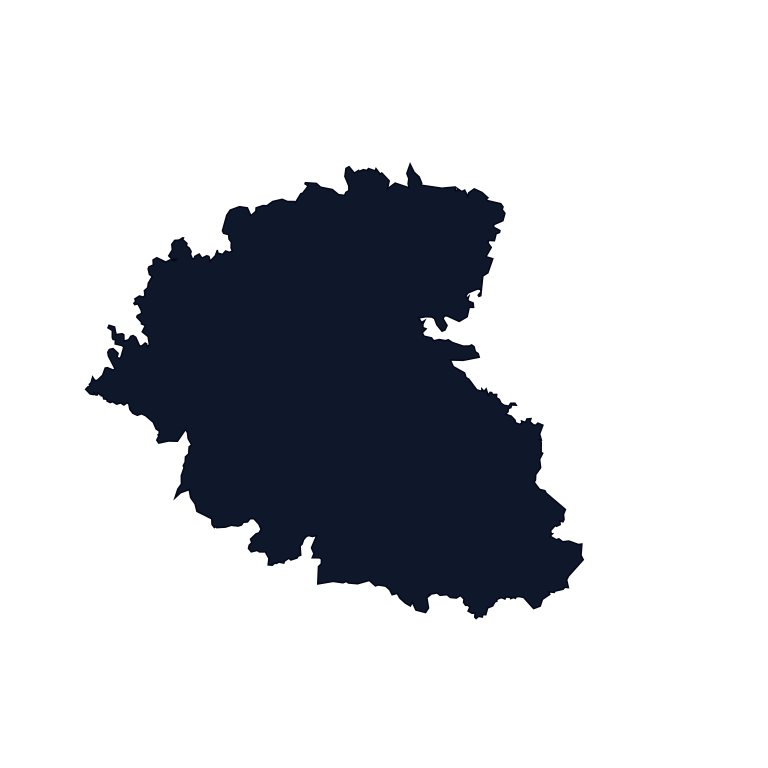 the district of Tehuitzingo, Puebla, Mexico, rotated 32°
{"feature_id": "50627088B27065813570202", "entity_name": "Tehuitzingo", "entity_type": "district", "adm_level": 2, "iso_a3": "MEX", "parent_name": "Mexico", "parent_adm1": "Puebla", "projection": "albers", "projection_center": [-98.326, 18.369], "detail": "fine", "context": "isolated", "style": "filled", "palette": "ink", "viewbox_px": 768, "rotation_deg": 32, "n_neighbors": 0, "source": "geoboundaries", "source_scale": "gbopen_adm2", "svg_char_len": 6170}
<svg xmlns="http://www.w3.org/2000/svg" viewBox="0 0 768 768"><g transform="rotate(32 384 384)"><path d="M373.5,171.0L365.6,169.6L357.1,170.7L354.5,177.0L355.8,180.6L349.7,176.8L347.9,179.6L342.3,179.3L343.9,180.4L342.5,182.2L339.8,179.3L329.3,187.3L309.9,195.8L309.7,193.8L304.0,189.7L297.3,188.4L289.6,183.6L291.8,193.4L296.2,196.7L298.3,201.4L301.3,204.3L287.0,207.7L283.5,216.6L280.8,209.0L270.3,206.2L269.5,208.0L263.1,205.6L263.6,207.9L256.7,209.5L256.3,212.0L252.9,213.1L250.2,217.0L249.3,216.3L247.1,220.8L239.2,218.2L237.5,221.3L240.8,228.7L249.1,234.6L251.7,238.6L250.1,241.8L250.6,244.9L245.2,247.5L237.2,246.4L225.9,250.7L220.4,249.7L210.7,254.9L210.9,256.1L214.4,256.2L214.6,258.0L213.9,265.4L212.6,266.6L212.7,277.4L211.4,276.7L205.3,280.4L199.8,281.3L192.9,288.2L190.2,294.9L186.8,296.8L182.2,302.4L183.8,305.5L181.9,311.8L174.8,307.0L167.5,310.2L161.4,318.0L161.2,324.2L165.8,339.7L168.1,341.2L173.2,339.7L175.7,343.2L179.4,344.7L182.1,349.5L184.8,351.5L183.2,354.2L179.2,355.1L178.4,359.7L173.7,361.0L171.7,358.7L173.0,364.6L171.5,371.9L167.9,368.6L165.7,369.2L162.9,373.7L158.4,371.7L155.9,376.1L156.7,378.3L155.1,379.3L151.1,376.5L150.2,373.8L146.5,371.8L143.5,371.8L142.4,369.2L136.7,368.1L136.5,366.4L135.7,366.8L134.0,370.5L130.4,373.1L130.0,378.0L133.4,382.4L133.5,389.4L137.9,390.5L141.9,388.4L141.0,390.4L136.8,392.1L134.3,396.2L124.4,397.3L122.4,401.2L125.3,405.3L122.6,409.1L122.9,411.3L127.0,415.4L130.5,415.7L130.7,423.4L132.6,427.6L131.3,431.8L134.3,435.6L133.8,437.8L129.9,439.0L127.6,443.9L129.6,445.5L129.1,448.1L130.5,448.8L132.9,446.5L139.4,450.4L141.0,452.7L138.5,456.6L138.9,458.3L145.5,460.1L146.5,461.6L150.7,460.8L151.3,467.9L158.8,468.8L164.2,475.0L163.3,477.8L161.3,475.7L159.7,475.8L158.4,480.1L156.6,481.2L148.7,475.9L145.5,475.9L144.0,477.6L143.9,481.9L140.7,485.4L137.3,480.1L135.3,480.1L130.6,484.0L125.3,478.4L119.7,479.9L120.1,482.6L125.2,482.6L129.1,488.8L130.7,489.8L132.9,489.0L134.8,492.5L141.5,490.2L143.8,490.7L146.6,500.5L146.1,502.8L143.4,502.7L142.3,498.9L135.5,497.5L132.8,500.2L132.9,503.4L135.4,506.3L148.0,513.8L146.8,515.7L140.8,516.7L139.1,518.2L140.7,525.7L138.9,532.9L136.8,534.2L133.2,532.5L134.9,538.3L134.3,540.5L135.9,542.0L134.4,543.3L133.8,546.6L140.0,548.2L143.2,546.9L143.1,545.0L144.7,546.2L146.6,545.4L146.0,542.9L148.5,543.7L149.6,542.8L150.3,543.9L152.0,543.1L154.2,545.2L156.9,543.9L158.3,545.2L161.6,544.9L163.1,542.9L168.0,542.8L170.7,539.6L174.6,539.7L175.9,536.3L178.0,536.0L181.9,540.2L186.5,541.9L191.4,541.3L194.1,537.8L198.5,537.2L208.5,538.7L214.6,542.9L218.4,543.0L219.9,546.0L219.3,546.8L220.6,547.7L221.0,552.0L224.3,553.5L231.4,546.6L239.2,542.0L239.8,527.6L243.2,529.5L246.9,534.2L253.1,537.5L252.0,540.6L255.4,546.7L254.2,551.0L256.8,555.7L257.0,559.6L258.8,561.0L260.7,569.2L265.2,576.2L264.8,582.3L267.1,591.5L269.1,584.0L274.8,576.8L280.3,582.9L287.3,585.8L292.9,591.2L309.4,589.6L312.5,594.2L316.2,595.7L317.1,594.0L318.2,594.5L325.4,589.4L329.3,584.8L335.6,581.8L337.9,579.1L338.0,575.8L341.4,573.3L341.8,569.2L345.0,567.2L352.2,569.2L356.8,572.4L356.8,576.7L354.9,578.8L353.0,586.3L355.9,588.7L355.1,592.2L356.2,595.3L360.4,596.7L364.6,592.4L367.3,592.4L372.3,589.3L378.8,592.9L381.6,598.8L385.3,596.9L386.4,593.5L387.8,593.3L389.2,590.8L394.0,588.9L393.4,587.2L395.6,582.2L398.3,582.6L402.5,577.6L402.4,575.3L404.1,573.3L398.7,565.8L399.4,563.2L398.3,558.6L399.0,554.3L400.7,552.3L404.0,551.4L407.2,548.2L409.3,561.4L414.5,565.0L415.2,569.4L421.6,565.5L423.8,565.7L426.1,569.7L425.2,573.6L433.8,588.7L445.4,578.4L454.6,574.3L456.6,571.5L459.3,571.6L467.5,567.4L475.6,558.4L483.7,559.8L485.6,557.5L492.4,554.6L497.8,555.5L502.6,558.4L506.2,554.6L510.9,557.2L518.3,558.5L524.0,558.3L523.7,554.1L530.8,558.8L540.4,555.8L540.5,550.4L533.6,542.5L534.9,538.7L533.7,538.7L539.7,533.1L543.5,533.5L549.1,529.3L553.4,529.9L558.9,527.1L560.9,522.9L565.8,524.0L567.2,527.1L570.5,528.5L571.9,527.3L575.1,527.8L575.6,532.0L580.2,531.8L582.6,529.9L584.5,533.7L586.4,534.1L587.4,530.9L590.8,529.6L590.2,526.9L592.6,525.8L590.6,519.0L593.8,514.6L593.5,510.3L594.8,508.3L593.8,506.9L596.8,502.9L600.5,502.3L600.4,499.9L604.1,498.1L605.2,498.9L607.0,496.4L609.0,496.2L608.9,494.5L610.6,493.0L615.4,491.0L629.9,495.2L634.2,489.6L632.5,482.7L636.1,474.5L633.9,473.0L638.9,470.5L638.7,469.1L644.6,463.2L645.1,460.6L648.3,459.0L642.7,453.3L642.3,449.1L646.1,427.4L641.9,424.9L636.6,414.8L633.9,417.1L624.0,419.2L619.1,423.1L614.3,422.6L612.6,424.8L605.6,425.0L606.2,421.8L605.4,422.4L603.0,420.2L604.2,413.2L605.7,413.3L607.9,409.9L605.7,406.9L608.8,406.1L608.5,403.5L605.3,399.4L604.4,394.3L579.5,390.6L577.0,389.2L571.7,390.9L563.4,387.7L563.4,385.2L560.7,380.5L561.2,372.0L555.9,365.4L555.3,358.6L553.5,358.7L548.1,349.9L545.8,348.9L547.2,348.2L542.5,343.9L540.6,334.7L535.2,335.6L534.5,338.6L532.4,339.4L527.7,338.6L527.0,335.4L523.7,337.9L524.3,341.5L520.2,342.5L521.6,344.2L520.5,346.2L516.2,347.1L514.1,345.1L508.8,343.8L503.1,345.2L503.9,341.8L502.5,339.0L504.1,336.8L503.4,334.1L507.4,331.9L505.2,330.9L501.6,333.2L501.6,336.5L496.8,338.5L493.2,338.1L490.0,336.0L486.5,336.0L485.1,333.1L481.6,335.4L479.9,334.2L478.4,334.8L478.3,338.3L473.2,334.0L472.8,337.2L469.6,336.4L470.6,337.8L469.9,338.6L465.8,339.8L453.3,334.9L450.2,335.1L446.5,331.9L433.6,332.5L427.5,328.5L438.6,322.0L450.6,310.8L447.8,308.3L444.4,308.2L440.6,304.6L437.6,304.4L436.2,306.6L431.0,309.9L419.9,312.6L415.0,312.4L413.3,314.6L407.3,317.0L403.2,321.0L399.9,319.7L392.6,322.2L389.3,320.3L390.5,314.9L387.1,315.5L385.3,312.6L384.9,308.6L383.3,311.9L378.4,309.6L384.0,304.7L389.0,301.9L392.1,301.7L397.4,305.8L405.2,308.5L407.1,306.0L406.5,300.9L399.6,297.4L399.1,294.4L401.5,292.8L414.6,291.1L418.9,282.9L415.7,273.9L419.4,271.5L416.6,268.0L411.9,268.9L410.4,267.9L409.5,264.8L408.9,267.2L406.8,266.1L407.0,262.3L413.0,253.8L415.7,252.7L417.4,254.2L416.8,258.8L418.1,259.4L419.3,257.8L410.6,240.1L413.2,234.7L409.9,220.1L403.0,222.0L402.6,211.3L397.5,209.3L397.0,207.9L396.8,206.7L401.7,204.0L399.5,197.2L401.7,194.3L401.0,192.4L394.1,192.9L392.6,190.8L398.3,182.5L396.1,175.1L391.8,173.5L391.1,170.7L387.5,169.2L374.9,173.5L372.4,173.1L373.5,171.0Z" fill="#0f172a" stroke="#020617" stroke-width="1.5"/></g></svg>